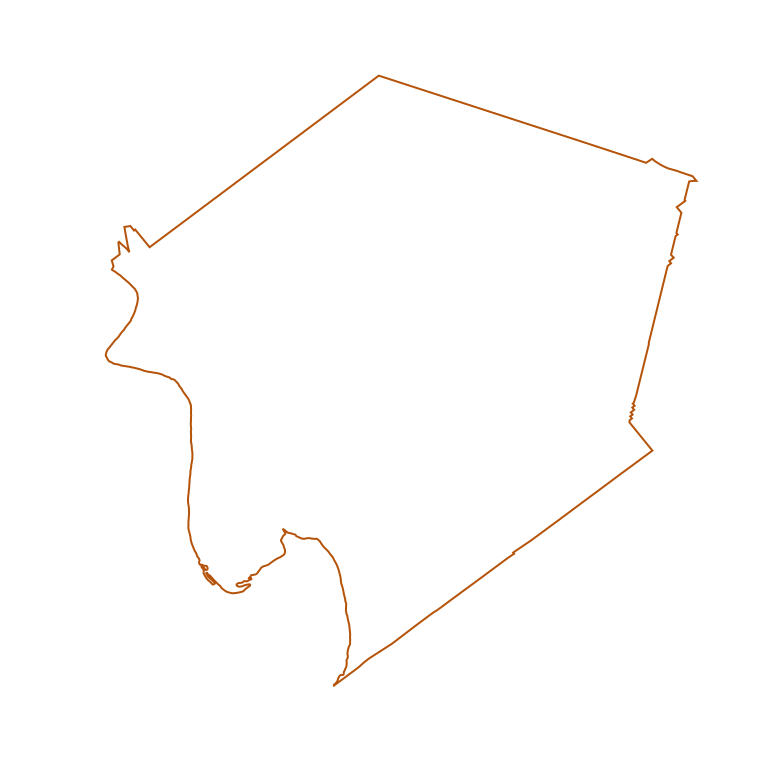 Belmont, Western Australia, Australia, rotated 277°
{"feature_id": "25037944B8488281546819", "entity_name": "Belmont", "entity_type": "district", "adm_level": 2, "iso_a3": "AUS", "parent_name": "Australia", "parent_adm1": "Western Australia", "projection": "natural_earth1", "projection_center": [115.924, -31.954], "detail": "fine", "context": "isolated", "style": "outline", "palette": "amber", "viewbox_px": 768, "rotation_deg": 277, "n_neighbors": 0, "source": "geoboundaries", "source_scale": "gbopen_adm2", "svg_char_len": 6142}
<svg xmlns="http://www.w3.org/2000/svg" viewBox="0 0 768 768"><g transform="rotate(277 384 384)"><path d="M464.3,100.0L463.8,100.8L463.0,102.9L461.9,104.8L460.5,107.2L460.0,108.4L459.2,109.6L456.9,112.8L455.4,115.3L454.9,115.9L453.6,118.0L449.5,123.2L448.3,124.8L447.7,125.4L446.8,126.0L446.2,126.6L444.1,128.0L438.7,129.4L435.1,129.3L433.2,129.1L432.0,129.0L429.2,128.4L426.9,128.2L423.7,127.4L420.1,126.3L418.4,125.5L415.7,124.8L414.8,124.3L410.6,121.7L407.9,120.1L406.3,119.4L403.3,117.3L401.7,116.4L398.4,114.7L396.7,113.5L394.7,111.8L386.4,106.8L385.2,105.8L382.5,104.8L381.1,104.5L378.6,104.3L377.7,104.6L376.5,105.7L375.0,106.6L374.2,107.2L373.0,108.5L372.7,109.8L372.2,111.2L371.3,113.0L371.2,113.7L370.9,118.4L370.6,119.9L370.3,120.9L370.3,121.3L370.0,130.7L369.8,131.1L369.7,131.4L369.8,133.0L369.6,134.5L369.0,139.2L368.3,142.7L368.0,143.8L367.7,145.7L367.4,148.7L367.4,151.0L367.3,152.5L367.1,157.9L366.8,160.2L366.3,162.9L366.0,163.8L365.5,164.8L364.7,168.1L364.7,168.8L364.1,170.8L363.6,171.5L363.2,172.0L363.1,172.3L362.9,173.1L363.0,174.1L362.9,174.9L361.9,176.5L361.0,177.5L359.3,179.6L357.5,180.8L355.9,182.2L355.6,182.6L354.6,183.5L354.1,184.1L352.5,185.0L346.0,191.1L344.4,192.3L341.3,193.9L339.7,194.8L337.4,195.3L336.3,195.4L335.1,195.7L332.5,195.8L329.6,196.4L326.1,196.6L325.0,196.8L322.3,197.0L321.1,197.0L315.8,198.1L313.4,198.1L308.1,199.0L304.0,199.3L302.7,199.6L300.0,200.5L296.2,201.2L292.3,202.2L289.6,202.6L288.6,202.6L287.6,202.8L286.6,202.9L283.8,202.8L280.1,202.6L277.4,202.7L274.5,202.5L273.0,202.6L270.5,202.8L266.3,202.7L256.4,203.3L255.5,203.2L251.7,203.4L250.2,203.3L245.4,203.5L242.0,204.1L237.2,205.5L233.3,206.0L232.1,206.3L223.1,206.7L220.4,207.1L218.5,207.2L217.1,207.4L216.0,207.7L209.1,210.4L207.1,210.8L204.4,211.7L203.4,212.1L201.9,212.8L195.7,216.2L193.0,218.3L189.8,219.9L189.0,220.9L187.7,221.9L187.1,222.2L186.5,222.4L185.8,222.4L185.0,222.1L183.7,222.3L182.3,223.4L182.2,223.8L182.4,224.3L182.4,225.4L182.2,226.0L181.6,227.2L181.8,228.5L181.8,229.9L181.7,230.2L180.6,231.0L180.0,231.3L178.6,231.4L178.1,230.9L177.8,230.3L177.7,229.9L177.7,229.6L177.9,229.3L178.5,228.8L179.2,228.1L179.9,227.5L180.8,226.5L181.2,225.6L181.2,225.3L181.0,225.0L180.0,225.3L178.5,226.8L177.9,227.3L176.8,227.7L176.0,227.9L174.9,227.9L174.3,228.0L172.8,228.9L169.9,231.1L167.8,233.4L166.4,235.6L164.4,238.0L164.2,238.3L164.2,238.7L164.4,239.4L164.6,239.8L165.3,240.4L166.2,240.1L167.4,238.5L168.0,237.6L168.5,237.1L169.1,236.2L170.0,234.7L171.9,232.4L172.2,232.2L172.7,232.0L173.1,231.7L174.3,230.6L174.6,230.6L175.0,231.0L174.8,231.6L174.0,232.1L173.3,232.9L172.7,234.5L172.1,235.3L170.8,236.6L170.2,237.5L169.0,238.7L168.5,239.3L168.1,239.9L167.3,240.8L164.7,244.2L164.2,245.1L163.7,245.9L161.6,247.7L159.5,251.2L158.4,253.8L158.3,255.1L157.9,257.4L157.8,259.1L158.6,262.8L159.3,265.2L160.3,267.7L160.7,268.9L161.3,269.7L163.5,271.4L165.2,273.0L165.5,273.4L166.8,274.9L167.6,275.5L167.8,275.6L168.5,275.6L168.7,275.3L168.8,274.6L167.4,270.4L166.3,268.6L165.8,267.5L165.2,265.4L165.2,264.7L165.4,263.7L165.8,262.8L165.9,262.6L166.8,262.1L167.5,262.3L167.9,262.7L168.6,263.8L168.8,264.1L169.1,265.8L169.7,267.7L170.4,268.4L170.7,268.5L171.2,269.0L171.3,269.4L171.4,269.7L171.4,271.8L171.5,272.1L172.0,273.0L172.5,273.4L173.1,274.3L174.0,276.1L174.4,276.1L175.2,275.6L174.9,274.4L174.9,273.7L175.2,273.8L176.3,274.6L178.0,275.5L178.2,276.0L178.5,277.2L179.4,279.9L180.0,280.7L181.1,281.5L182.2,282.0L183.4,282.8L186.2,284.2L187.5,285.3L188.3,286.5L189.2,288.6L190.0,290.2L191.1,291.9L192.6,293.3L195.8,296.8L197.9,299.5L199.2,301.7L200.0,302.7L201.8,304.9L202.9,305.8L203.5,306.0L204.2,306.1L206.1,306.1L207.7,305.8L209.3,304.9L210.0,304.4L211.0,304.2L211.9,303.8L213.6,302.4L215.4,301.1L216.2,300.8L217.0,300.9L218.0,301.4L220.5,302.2L220.8,302.3L221.8,303.2L223.3,304.3L224.5,303.9L226.4,302.2L227.4,301.5L227.6,301.7L227.4,302.3L225.6,305.1L225.0,306.3L224.7,306.9L224.4,310.1L224.0,311.9L223.8,313.8L223.6,314.4L223.5,314.6L222.7,315.1L222.2,315.7L222.1,316.0L221.5,318.3L220.8,320.1L220.6,321.6L220.5,322.4L220.7,323.4L220.7,324.1L221.4,325.9L221.8,327.8L221.9,328.6L221.9,329.8L221.7,331.0L221.8,333.2L221.8,334.2L222.2,335.6L222.2,335.9L222.1,336.2L221.7,337.2L219.9,339.7L217.9,341.2L214.8,344.2L212.7,347.0L211.0,349.1L208.0,351.9L205.9,354.2L203.4,355.8L199.6,358.6L196.9,360.2L193.3,361.9L187.7,364.1L185.7,364.7L183.5,365.2L182.6,365.3L181.5,365.6L180.5,366.0L178.3,367.1L175.3,368.3L170.6,369.8L165.9,371.6L163.8,372.1L161.7,373.1L161.0,373.3L157.9,373.5L153.9,373.9L153.1,374.3L151.0,374.9L149.3,375.9L147.7,376.3L144.7,377.3L141.3,378.6L138.8,379.3L131.1,381.0L129.5,381.0L126.7,381.5L121.6,382.0L118.4,381.0L115.4,380.6L112.1,380.5L110.9,380.8L110.3,381.1L109.2,381.3L108.2,381.4L106.8,381.0L106.0,380.6L104.9,380.5L102.7,381.0L100.3,381.1L99.0,381.0L98.0,380.8L96.3,380.2L96.0,380.2L95.2,380.0L94.4,379.8L93.6,379.3L93.3,379.2L91.3,379.4L91.0,379.3L90.2,378.7L90.1,377.2L89.9,376.6L89.4,376.0L88.6,375.4L86.6,374.5L83.7,374.0L82.9,373.7L80.9,372.4L79.2,370.9L78.6,371.2L80.1,372.7L97.7,391.2L100.5,394.0L105.3,398.1L110.0,402.9L127.3,423.7L147.0,443.8L160.0,457.4L162.6,460.2L163.8,461.5L165.2,463.4L169.6,468.2L177.2,476.1L203.3,503.8L226.8,528.5L231.4,533.8L232.4,532.7L246.7,549.1L271.3,575.1L290.4,595.1L320.4,626.6L322.9,629.2L334.3,641.3L350.6,658.5L375.8,632.3L377.9,632.2L380.0,634.3L381.9,632.3L383.9,634.5L385.9,632.4L388.9,635.4L390.9,633.3L392.9,635.4L394.9,633.3L395.8,634.2L403.5,635.7L455.5,642.0L457.5,641.8L535.5,651.1L536.4,651.8L538.8,654.2L540.8,652.2L544.7,656.2L547.2,653.1L566.4,655.4L568.2,657.3L569.6,655.8L590.2,658.3L595.2,653.0L602.5,660.7L603.3,659.9L622.2,662.2L623.1,665.3L623.6,668.5L623.7,669.3L627.8,665.0L630.0,654.2L631.3,648.5L632.6,639.9L633.5,636.8L635.4,631.6L636.8,628.8L638.2,625.7L640.2,622.8L635.5,617.2L636.9,610.2L637.4,608.1L638.0,604.5L638.4,602.7L647.8,555.2L689.4,341.2L491.2,134.7L507.0,118.2L505.9,117.2L509.9,113.0L508.3,107.2L500.2,109.6L490.4,112.7L486.8,114.0L483.8,115.2L486.6,112.5L487.9,110.7L490.8,106.3L492.8,103.8L492.0,103.1L480.4,105.9L473.5,98.7L467.9,101.2L464.3,100.0Z" fill="none" stroke="#b45309" stroke-width="2"/></g></svg>